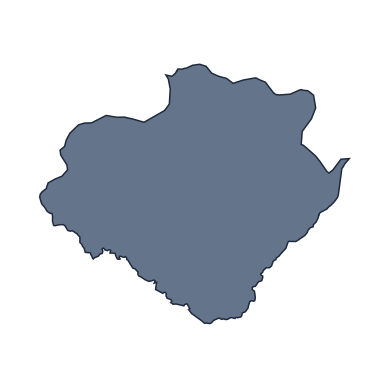 Gibi, Margibi, Liberia (Albers equal-area conic projection), rotated 10°
{"feature_id": "62588387B31480436327445", "entity_name": "Gibi", "entity_type": "district", "adm_level": 2, "iso_a3": "LBR", "parent_name": "Liberia", "parent_adm1": "Margibi", "projection": "albers", "projection_center": [-10.006, 6.564], "detail": "fine", "context": "isolated", "style": "filled", "palette": "slate", "viewbox_px": 384, "rotation_deg": 10, "n_neighbors": 0, "source": "geoboundaries", "source_scale": "gbopen_adm2", "svg_char_len": 4572}
<svg xmlns="http://www.w3.org/2000/svg" viewBox="0 0 384 384"><g transform="rotate(10 192 192)"><path d="M161.2,286.6L165.1,287.5L167.3,286.7L169.8,285.3L171.1,286.0L170.6,288.3L172.9,287.1L172.9,291.5L173.1,294.5L173.9,294.6L180.9,296.9L181.4,295.9L183.0,295.5L184.3,296.5L184.3,297.4L184.5,298.9L186.0,301.0L189.9,301.6L191.0,302.9L190.3,304.6L192.7,305.5L192.8,305.8L195.7,305.1L201.2,305.3L203.7,305.6L204.3,304.1L206.4,303.0L210.2,307.3L209.0,308.3L212.6,311.7L216.0,313.3L218.5,314.6L218.8,314.7L223.1,316.7L224.3,317.4L226.9,319.0L227.1,319.1L229.0,318.5L229.4,318.5L232.5,318.5L234.1,317.3L235.5,314.7L240.7,311.3L242.0,312.0L243.7,312.2L244.1,312.0L245.5,311.3L246.9,311.8L249.3,311.2L250.8,309.7L252.6,308.8L256.3,309.1L257.2,307.8L258.9,307.8L261.8,306.6L262.6,304.6L262.4,302.5L265.0,300.9L265.5,300.6L266.2,298.9L267.3,296.8L267.5,293.0L267.9,290.0L269.4,288.8L271.7,288.8L272.7,288.1L272.7,285.3L271.9,282.3L270.7,278.8L268.3,277.6L268.2,277.1L268.0,275.4L269.0,274.5L269.8,274.2L270.6,274.0L271.7,272.0L272.5,269.9L273.6,268.5L276.1,267.3L276.5,263.8L276.2,262.5L274.7,261.9L274.3,261.7L274.0,260.3L275.4,259.2L275.7,257.7L276.0,256.4L276.8,255.9L277.9,253.9L281.5,253.1L283.2,251.0L283.4,249.6L284.0,246.0L285.0,245.1L285.9,244.3L286.4,244.0L286.4,243.4L286.5,242.3L288.1,240.7L288.9,239.9L289.8,238.1L293.4,232.5L294.2,231.3L294.6,229.0L295.2,224.9L295.6,224.0L296.5,223.7L299.9,223.2L301.0,223.0L302.7,222.8L304.0,221.8L305.9,219.9L310.7,215.2L311.4,213.9L312.4,212.0L312.6,211.7L312.7,210.6L312.9,209.5L314.9,206.5L315.3,206.3L317.3,205.3L317.3,203.0L319.4,200.1L320.7,195.7L320.8,194.0L321.1,192.9L320.8,192.9L320.8,192.2L321.9,189.8L324.3,188.1L326.9,185.9L327.6,185.7L327.9,185.0L330.1,181.7L330.6,181.6L332.7,178.7L334.5,175.7L335.5,173.6L336.3,171.9L336.6,169.1L335.5,142.9L336.5,140.9L337.5,138.0L338.8,135.7L341.1,131.8L339.8,132.1L332.9,133.9L332.9,134.0L331.7,136.4L326.9,145.9L326.3,146.5L323.7,149.4L323.6,149.5L323.2,149.3L321.3,148.4L317.5,144.5L316.3,143.3L314.5,141.5L314.1,141.1L312.8,139.8L310.3,137.6L309.3,136.7L308.2,135.7L307.8,135.4L307.2,134.9L306.7,134.6L306.1,134.2L304.1,133.0L297.1,128.7L293.8,126.8L293.4,126.6L291.3,126.2L290.0,113.2L290.3,112.7L290.5,112.2L291.5,110.3L291.6,110.0L292.9,107.3L294.3,104.5L294.5,104.2L296.9,99.2L299.2,87.7L298.3,85.1L297.2,82.0L296.6,80.3L296.0,78.6L295.4,76.9L295.2,76.4L295.0,75.7L294.0,75.1L292.6,74.3L291.5,73.7L290.6,73.2L289.1,72.5L288.4,72.2L287.5,72.2L283.7,72.5L281.8,72.2L281.1,72.6L280.6,72.7L273.5,77.4L272.0,78.5L271.3,78.7L261.1,81.3L260.7,81.3L257.2,81.4L256.0,80.5L255.2,80.4L251.5,76.9L249.7,75.3L245.2,71.1L238.7,69.7L235.6,68.6L234.9,68.8L234.3,68.7L222.6,73.0L222.2,73.3L213.9,77.7L213.6,77.9L207.4,74.7L206.1,74.1L203.5,73.9L198.0,73.4L190.8,71.6L184.1,65.8L183.5,65.7L177.6,64.9L176.4,65.2L172.5,66.5L170.7,67.0L168.6,68.5L168.2,68.7L167.9,68.9L164.8,71.1L163.0,71.6L160.9,72.8L158.7,73.0L157.6,73.3L156.8,73.3L156.4,74.2L156.4,75.0L156.2,75.6L155.9,75.5L155.1,77.8L153.3,80.1L152.2,81.5L148.5,81.4L146.0,81.3L149.1,84.9L152.7,94.4L154.4,109.3L152.0,114.3L151.3,115.6L150.9,116.5L139.3,126.1L134.9,129.8L132.8,131.6L131.3,131.5L122.9,130.6L120.9,130.4L115.8,130.2L112.3,130.0L104.7,131.5L94.2,131.5L87.0,136.9L81.1,141.4L74.4,142.7L68.5,145.7L63.2,153.0L62.2,154.4L61.7,155.0L59.2,162.3L58.6,169.3L54.8,173.7L56.3,178.4L57.2,179.4L64.1,187.1L65.0,189.8L65.6,191.8L61.2,199.0L54.9,203.0L48.8,208.0L48.7,208.2L48.1,212.2L48.0,213.1L47.7,214.3L46.1,215.8L44.0,218.4L42.9,220.8L42.9,223.5L45.5,228.9L46.6,230.3L49.5,232.6L52.9,236.4L56.1,237.7L57.8,237.4L58.6,239.3L58.9,240.3L59.3,242.7L59.7,245.1L61.6,249.0L62.7,249.0L63.2,248.9L66.4,247.5L69.9,246.6L72.3,246.9L74.9,249.8L76.3,251.4L76.6,251.5L78.8,251.7L79.7,251.4L80.9,251.0L82.5,251.6L85.3,252.9L85.9,252.9L86.8,253.9L89.3,255.7L89.6,256.9L89.6,257.2L89.8,257.6L90.3,261.1L91.8,262.1L92.9,263.0L93.3,264.1L95.6,266.2L97.3,269.9L97.8,270.0L101.9,269.6L102.7,269.8L103.2,271.2L104.4,272.4L105.5,274.3L105.6,274.6L106.4,275.1L107.6,273.5L108.8,272.8L110.7,271.7L111.4,270.5L112.1,269.3L112.3,268.9L114.3,268.1L114.5,265.9L113.3,263.7L114.0,262.9L114.9,262.7L116.4,264.2L118.8,264.5L120.0,263.4L121.1,263.1L122.1,263.8L121.8,265.2L121.9,266.4L123.4,266.1L126.8,265.6L127.8,267.7L129.6,270.3L129.8,270.5L130.4,271.0L131.7,271.0L132.8,270.4L131.8,269.4L131.9,267.8L132.7,267.7L135.4,268.1L136.3,268.1L137.8,267.3L139.0,268.1L139.5,269.9L140.4,269.9L144.4,274.5L147.0,277.3L149.1,277.5L152.7,280.2L153.0,282.4L154.2,284.0L156.9,284.6L160.8,286.5L161.2,286.6Z" fill="#64748b" stroke="#1e293b" stroke-width="1.5"/></g></svg>